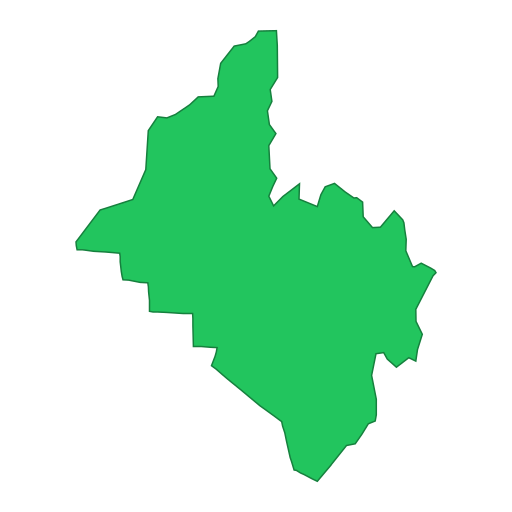 Al-Namaniya, Wasit, Iraq
{"feature_id": "34846034B89044527210900", "entity_name": "Al-Namaniya", "entity_type": "district", "adm_level": 2, "iso_a3": "IRQ", "parent_name": "Iraq", "parent_adm1": "Wasit", "projection": "equal_earth", "projection_center": [45.52, 32.446], "detail": "fine", "context": "isolated", "style": "filled", "palette": "green", "viewbox_px": 512, "rotation_deg": 0, "n_neighbors": 0, "source": "geoboundaries", "source_scale": "gbopen_adm2", "svg_char_len": 1827}
<svg xmlns="http://www.w3.org/2000/svg" viewBox="0 0 512 512"><path d="M317.3,481.3L331.3,464.7L331.0,464.9L346.5,445.5L354.1,444.0L355.2,443.8L361.9,434.2L368.3,423.8L375.2,421.0L376.3,414.8L376.3,399.3L371.6,375.4L376.0,353.7L383.7,352.6L387.3,359.1L396.4,367.2L408.8,357.7L415.8,361.1L417.5,349.5L422.3,334.3L416.0,321.4L415.8,309.3L419.5,302.1L433.0,275.8L436.0,272.7L434.7,270.5L430.9,268.2L421.2,263.2L414.6,266.8L412.5,266.6L405.8,250.8L406.2,239.3L404.9,230.9L404.8,230.3L403.9,222.8L402.7,219.8L394.2,210.8L380.4,227.2L372.5,227.6L363.2,216.8L362.6,202.1L356.7,197.7L353.9,198.0L345.2,192.0L334.5,183.4L325.2,186.8L320.9,194.7L317.3,206.6L299.0,199.1L299.5,183.8L282.9,196.5L273.6,205.9L268.8,196.2L272.8,186.4L276.7,178.2L270.8,169.9L270.0,168.8L268.8,145.6L275.9,133.6L269.4,124.6L267.4,110.8L271.9,101.4L270.2,89.5L277.6,77.5L277.3,45.7L276.4,30.7L266.5,30.9L258.4,31.1L255.3,36.7L249.1,41.6L245.8,43.8L234.2,46.1L220.7,63.3L217.9,78.6L218.2,86.5L213.9,96.2L198.2,96.9L189.7,104.8L175.4,114.5L166.9,117.9L157.6,116.8L148.3,130.6L145.8,169.6L132.8,199.5L124.8,202.1L105.6,208.3L100.1,210.0L76.0,241.9L76.3,245.7L77.1,249.8L82.5,249.8L85.0,250.1L93.7,251.3L105.9,252.0L119.7,253.2L120.2,256.5L120.2,261.8L121.3,271.5L122.1,276.3L123.0,279.8L128.6,280.1L140.2,282.4L147.8,282.8L148.4,286.9L148.6,291.8L149.5,300.4L149.5,311.3L153.1,312.0L157.9,312.0L166.1,312.4L183.0,313.5L192.6,313.5L192.9,318.4L192.9,325.5L193.4,346.5L195.7,346.5L201.1,346.5L210.9,347.3L217.1,347.6L216.3,352.1L215.1,356.3L211.5,365.7L216.0,369.0L222.5,374.7L227.8,379.2L231.7,382.4L239.7,388.9L246.1,394.2L248.7,396.4L260.0,405.8L269.9,412.9L281.7,421.6L282.6,426.1L284.8,432.8L286.5,441.1L290.2,457.6L291.6,461.7L294.1,470.0L296.4,470.4L300.6,473.0L304.0,474.5L311.9,478.7L317.3,481.3Z" fill="#22c55e" stroke="#15803d" stroke-width="1.5"/></svg>